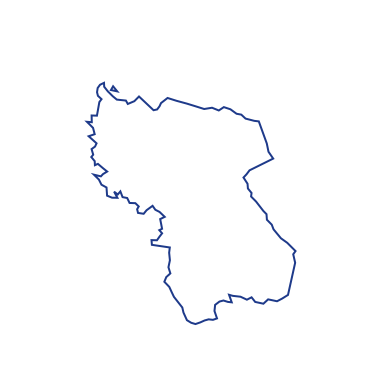 Santo Antônio do Planalto, Rio Grande do Sul, Brazil (Equal Earth projection), rotated 133°
{"feature_id": "56859067B7641888126527", "entity_name": "Santo Antônio do Planalto", "entity_type": "district", "adm_level": 2, "iso_a3": "BRA", "parent_name": "Brazil", "parent_adm1": "Rio Grande do Sul", "projection": "equal_earth", "projection_center": [-52.67, -28.37], "detail": "fine", "context": "isolated", "style": "outline", "palette": "blue", "viewbox_px": 384, "rotation_deg": 133, "n_neighbors": 0, "source": "geoboundaries", "source_scale": "gbopen_adm2", "svg_char_len": 1888}
<svg xmlns="http://www.w3.org/2000/svg" viewBox="0 0 384 384"><g transform="rotate(133 192 192)"><path d="M94.8,191.3L97.5,195.0L101.8,202.9L101.8,208.7L104.4,212.8L105.3,220.3L108.2,226.6L114.1,228.0L116.7,234.8L123.0,239.7L127.3,248.7L130.9,256.1L135.9,265.6L139.9,274.0L148.1,275.3L151.5,274.2L155.4,273.8L158.4,275.9L158.3,295.9L164.9,296.1L171.4,299.0L170.2,302.7L175.7,310.0L176.0,315.2L175.8,322.2L174.9,328.0L172.2,330.8L176.3,332.4L180.3,331.9L183.8,329.5L185.8,326.4L185.8,321.5L189.4,321.1L201.0,313.6L204.5,317.6L209.3,312.9L212.3,316.7L212.6,308.1L216.1,302.6L221.7,305.6L221.5,295.0L224.9,293.9L229.1,294.7L232.1,289.7L235.1,289.5L235.8,284.2L238.6,281.3L235.6,280.0L235.3,273.5L234.9,268.0L239.6,269.3L242.7,269.3L246.2,275.5L246.4,268.6L248.4,263.2L247.0,257.6L252.6,251.6L250.7,246.6L247.1,242.6L244.9,249.2L244.4,244.6L240.4,244.8L243.1,239.3L240.6,235.3L242.6,230.2L238.8,225.8L238.9,221.1L242.0,220.4L244.1,217.2L240.9,212.5L236.3,212.8L229.0,211.4L230.0,206.7L228.7,202.1L228.8,195.0L233.5,196.8L239.3,188.8L242.2,189.9L242.6,185.7L247.0,185.3L251.2,184.7L254.8,188.8L258.0,185.3L247.7,170.4L252.0,167.3L257.0,161.6L263.1,157.9L266.3,152.3L271.7,152.8L276.5,151.0L276.9,143.9L279.0,138.8L281.0,133.7L283.1,120.3L286.0,116.0L289.2,108.3L288.2,103.4L286.2,99.4L281.7,97.0L277.4,95.2L273.8,93.0L271.2,89.5L267.4,87.5L263.7,94.4L258.8,98.1L253.4,97.2L249.9,95.0L247.9,90.8L245.6,87.7L241.9,94.8L240.1,91.3L235.5,85.1L233.3,78.4L228.4,76.6L229.3,70.8L225.0,63.6L218.6,63.1L213.9,55.3L208.5,53.4L201.8,51.6L173.4,68.3L168.5,75.5L164.6,76.0L164.2,87.7L165.2,95.4L163.7,106.9L161.5,111.4L161.2,118.3L157.4,122.4L157.2,126.9L155.3,138.6L155.0,145.7L152.1,147.8L151.3,153.5L148.1,157.0L146.3,164.2L141.9,164.2L136.9,164.7L112.2,155.4L110.4,163.5L105.5,170.4L94.8,191.3ZM172.7,320.8L169.4,315.3L168.5,321.8L172.7,320.8Z" fill="none" stroke="#1e3a8a" stroke-width="2"/></g></svg>